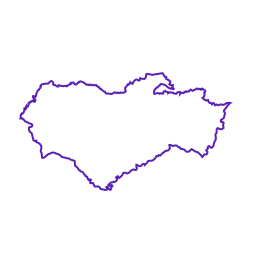 Bondo, Orientale, Democratic Republic of the Congo (Albers equal-area conic projection), rotated 171°
{"feature_id": "63176286B80368275017521", "entity_name": "Bondo", "entity_type": "district", "adm_level": 2, "iso_a3": "COD", "parent_name": "Democratic Republic of the Congo", "parent_adm1": "Orientale", "projection": "albers", "projection_center": [23.994, 4.253], "detail": "fine", "context": "isolated", "style": "outline", "palette": "violet", "viewbox_px": 256, "rotation_deg": 171, "n_neighbors": 0, "source": "geoboundaries", "source_scale": "gbopen_adm2", "svg_char_len": 5832}
<svg xmlns="http://www.w3.org/2000/svg" viewBox="0 0 256 256"><g transform="rotate(171 128 128)"><path d="M167.5,181.5L169.1,181.3L169.4,180.6L170.4,180.5L172.2,179.0L173.7,179.5L174.2,180.1L174.1,180.7L174.8,181.3L175.6,181.6L176.5,181.3L177.3,181.7L177.6,181.5L177.8,180.2L178.6,180.3L179.2,179.9L180.2,179.8L181.4,178.9L182.5,178.9L182.8,179.5L185.3,179.4L188.8,180.6L189.4,181.1L189.8,181.1L190.4,179.9L191.6,180.1L192.9,181.6L194.7,182.2L195.1,182.6L195.1,182.9L194.8,183.5L195.0,184.9L195.8,186.1L196.2,186.3L197.3,186.2L200.0,184.3L202.0,184.7L203.1,184.5L204.2,184.8L204.9,184.5L206.0,184.6L206.7,184.4L207.0,184.2L207.3,183.2L208.1,182.9L207.9,182.0L208.2,181.4L209.3,180.7L210.0,179.6L210.9,179.4L211.8,178.4L212.0,177.7L212.8,176.9L214.1,173.8L214.7,173.6L214.9,172.6L215.3,172.6L215.8,173.8L216.3,174.4L216.7,174.4L217.1,173.5L216.5,172.3L216.7,171.0L215.0,170.0L215.7,168.7L216.0,168.5L216.9,168.8L218.6,169.8L219.3,169.1L219.8,169.3L220.5,169.1L220.9,168.3L222.0,168.5L222.6,167.5L222.4,166.8L223.7,164.9L224.3,164.7L224.8,165.8L225.3,164.9L225.3,163.6L226.0,162.8L226.4,162.9L227.0,163.7L227.5,163.4L227.4,162.7L226.9,162.2L227.9,161.2L228.7,159.6L229.9,158.6L230.6,159.0L232.1,157.2L232.1,155.6L232.8,154.3L231.7,153.9L230.5,153.8L230.2,153.0L229.3,152.0L228.7,150.8L225.7,148.8L224.9,148.0L223.4,147.5L222.4,146.8L222.1,145.4L222.6,144.6L223.3,144.3L224.6,144.3L225.8,144.0L226.1,141.6L225.8,140.0L224.0,137.9L223.8,137.3L223.4,131.0L222.7,130.0L220.7,129.8L221.1,129.1L220.7,128.5L218.6,127.1L217.6,126.1L216.6,124.1L216.5,123.0L216.8,121.3L217.7,119.5L217.8,118.8L217.3,116.2L217.5,112.2L217.1,111.9L215.4,111.9L211.4,114.4L206.4,115.6L204.8,115.2L199.9,112.3L197.7,109.7L190.7,106.8L189.6,105.7L188.7,105.4L186.4,104.1L185.8,103.6L186.2,99.1L184.3,97.0L183.0,94.3L182.2,93.7L181.7,92.6L180.0,91.8L179.4,91.2L178.9,90.4L178.5,89.0L177.5,88.0L177.6,87.2L176.0,86.2L176.0,85.0L175.3,84.2L175.4,83.4L175.1,82.7L173.4,83.1L172.8,82.9L172.6,82.5L173.4,81.6L173.8,80.8L174.0,80.1L173.8,79.4L171.1,79.1L170.4,76.4L169.8,75.3L166.5,74.9L165.3,74.0L164.7,72.2L164.4,71.9L161.7,71.1L161.1,70.6L159.0,70.3L158.0,70.8L157.9,71.4L158.6,72.7L158.5,73.1L157.8,73.4L155.8,69.9L155.0,69.7L154.6,70.0L154.1,70.8L153.7,72.4L152.7,72.8L152.4,73.3L153.2,74.2L154.7,73.8L155.5,73.9L156.0,74.4L156.1,75.2L154.8,75.8L153.6,76.8L151.9,76.7L150.8,77.2L149.9,76.9L148.5,77.1L146.8,78.7L146.8,79.3L147.5,80.8L147.2,81.5L146.9,81.7L145.4,81.8L145.3,80.4L144.3,80.1L141.2,82.1L139.7,84.3L137.5,84.3L136.2,83.3L135.4,83.3L134.0,83.7L131.1,85.8L128.9,86.2L127.6,85.4L126.4,85.4L125.5,86.7L125.8,88.5L125.5,90.4L124.9,90.3L123.1,88.6L121.9,88.4L120.5,88.8L119.5,89.8L118.6,90.2L117.0,89.7L117.1,89.0L115.2,90.2L113.5,92.1L111.0,92.2L109.6,92.0L108.7,92.1L106.1,93.6L104.2,95.8L103.3,95.8L102.6,95.5L101.8,96.4L100.5,95.8L97.0,98.3L96.7,98.3L97.1,98.0L96.3,98.3L94.6,99.5L92.2,99.5L91.6,99.8L89.8,101.2L89.8,104.7L88.6,104.7L86.6,103.2L83.7,103.4L82.6,103.0L81.5,101.5L80.1,101.0L79.9,100.2L78.9,99.0L76.5,98.4L75.5,97.5L74.5,95.9L73.5,95.3L71.5,95.2L68.4,97.2L65.0,94.1L62.9,93.2L60.5,90.2L59.1,87.7L56.8,89.9L54.5,89.7L53.6,90.7L53.3,92.3L54.3,93.6L54.1,94.1L52.4,95.0L52.2,96.5L51.7,97.1L51.3,97.5L50.7,97.4L49.0,95.4L48.5,95.3L46.6,96.7L46.1,97.4L46.1,98.2L45.7,99.0L44.7,101.0L43.3,102.5L43.1,103.1L42.8,104.8L42.7,107.7L41.1,109.8L40.9,111.8L40.4,113.1L39.7,113.8L39.2,113.8L38.6,113.4L37.9,112.5L35.5,112.2L33.6,113.1L33.6,116.5L32.7,117.9L33.0,118.7L35.0,119.5L35.3,119.9L35.0,121.3L34.3,121.5L32.0,122.8L31.6,123.3L29.9,127.4L30.0,128.3L30.7,129.2L30.3,130.5L29.0,131.8L28.3,132.2L26.5,134.3L24.9,135.4L23.9,136.4L23.2,136.7L24.4,137.1L25.3,137.0L26.8,137.3L28.1,136.5L30.1,135.9L32.7,136.8L35.6,136.4L36.9,137.4L38.2,136.8L38.6,136.8L39.1,138.8L40.0,139.4L41.4,138.2L41.9,139.5L42.7,140.0L43.6,140.1L44.5,142.1L44.5,143.1L45.5,143.1L46.3,142.8L47.2,143.8L48.0,143.9L49.7,146.0L48.7,146.4L47.8,147.5L47.1,149.4L47.2,151.1L46.1,151.6L45.9,152.9L48.1,154.9L48.9,154.6L49.1,155.2L50.1,154.5L50.5,154.6L50.8,155.4L51.8,155.7L52.7,155.3L54.0,156.3L55.9,155.3L57.2,155.2L57.9,154.7L58.6,154.7L59.0,155.2L59.7,155.6L60.0,156.1L61.0,155.3L61.5,155.3L62.1,154.6L62.9,154.8L64.0,154.5L64.6,155.0L65.3,154.6L65.9,155.0L66.7,154.7L67.3,154.0L67.9,153.8L68.7,154.2L70.2,154.3L71.1,153.5L70.7,155.0L71.1,155.5L72.7,155.7L73.4,155.2L74.1,155.2L74.7,154.4L76.0,154.5L77.9,155.4L77.9,155.7L78.9,156.2L80.0,156.3L80.8,156.6L81.0,156.4L81.7,156.6L82.6,156.3L82.4,156.8L82.7,157.1L83.4,156.9L84.0,157.6L85.3,158.2L85.7,158.9L87.3,158.2L87.9,157.1L87.9,156.5L88.7,156.5L90.0,157.2L91.5,156.8L91.9,157.5L93.3,157.9L96.5,157.5L96.7,158.3L96.7,159.4L96.6,160.3L96.1,161.1L93.7,163.2L93.4,163.5L92.4,163.4L91.1,164.8L90.0,165.0L89.2,166.2L88.2,166.3L84.5,164.6L82.5,162.2L80.0,160.2L78.4,160.0L77.1,159.2L76.7,159.7L78.0,161.4L77.4,161.9L76.9,163.3L79.4,163.7L80.3,164.9L79.2,165.8L78.9,167.3L79.4,167.3L80.4,169.1L82.5,170.3L82.2,172.2L82.7,172.6L83.5,172.5L83.8,173.0L84.0,174.0L84.7,175.0L85.0,176.4L85.6,176.8L95.8,176.7L98.1,177.7L101.1,178.5L101.9,177.3L102.0,176.3L102.5,175.3L104.0,173.9L106.1,174.3L108.3,175.2L109.0,173.3L109.8,173.1L111.3,174.3L112.2,174.6L112.7,174.5L114.2,173.8L115.3,172.8L116.6,170.9L117.3,171.3L118.6,173.0L120.1,170.8L120.8,170.7L121.2,171.2L121.5,171.1L123.3,169.0L124.6,168.1L124.8,166.0L124.4,165.1L125.0,164.0L127.8,163.5L129.6,164.2L130.7,163.7L132.0,164.5L132.5,164.5L133.1,164.1L134.6,165.0L135.3,164.9L135.9,165.3L137.7,164.4L139.4,164.2L140.2,164.7L141.1,164.6L142.2,165.2L144.0,165.4L144.6,166.0L145.1,167.4L146.2,168.0L147.8,169.6L148.6,170.9L149.7,171.2L150.3,173.0L150.8,172.9L151.7,174.1L152.4,174.4L152.7,175.4L154.4,175.5L156.1,176.1L156.8,175.8L157.6,176.1L158.3,176.9L160.0,176.4L160.8,177.2L161.9,177.1L162.7,177.6L163.0,178.2L164.6,179.8L167.5,181.5Z" fill="none" stroke="#5b21b6" stroke-width="2"/></g></svg>